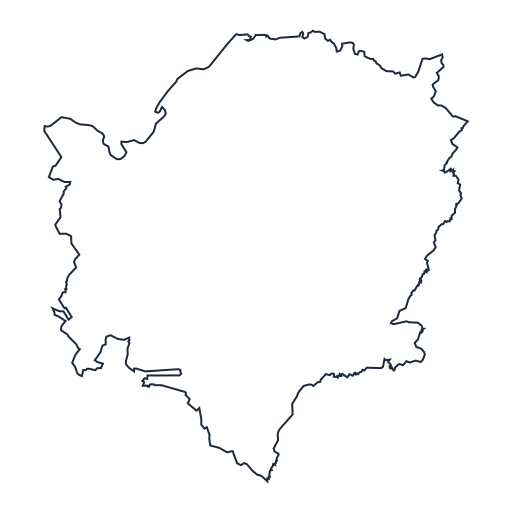 the district of Maria La Baja, Bolívar, Colombia
{"feature_id": "7082276B12407148553897", "entity_name": "Maria La Baja", "entity_type": "district", "adm_level": 2, "iso_a3": "COL", "parent_name": "Colombia", "parent_adm1": "Bolívar", "projection": "robinson", "projection_center": [-75.303, 9.961], "detail": "fine", "context": "isolated", "style": "outline", "palette": "slate", "viewbox_px": 512, "rotation_deg": 0, "n_neighbors": 0, "source": "geoboundaries", "source_scale": "gbopen_adm2", "svg_char_len": 5943}
<svg xmlns="http://www.w3.org/2000/svg" viewBox="0 0 512 512"><path d="M44.6,126.1L44.3,131.0L61.4,157.1L55.4,165.9L53.1,166.4L52.5,167.3L48.9,177.1L53.3,179.8L58.1,178.9L64.5,182.0L70.3,181.9L69.6,184.6L65.8,186.6L66.5,187.8L63.6,191.6L63.7,193.7L59.6,201.2L61.6,204.7L60.6,208.5L59.7,209.0L60.5,217.3L55.4,224.4L55.4,225.5L59.6,233.8L66.2,233.7L71.1,236.2L71.4,243.5L79.3,254.6L75.0,259.4L74.0,262.0L76.2,267.4L68.9,275.1L67.2,278.6L67.1,280.7L66.0,282.1L66.9,284.6L66.0,286.2L66.4,289.2L65.3,289.1L65.6,292.2L62.8,292.4L61.1,296.5L58.9,299.4L63.8,307.3L64.7,308.3L65.9,307.7L71.7,317.1L68.5,319.6L63.5,311.4L59.2,311.2L52.5,308.3L54.3,311.9L54.6,314.9L58.3,316.3L65.5,321.0L61.4,326.3L61.0,330.2L67.5,334.5L68.5,336.5L76.2,344.2L78.2,348.2L79.8,349.2L75.4,354.7L72.2,362.9L75.0,366.8L77.3,373.3L79.0,374.8L81.9,376.1L83.3,369.9L85.8,370.2L86.9,368.9L88.9,368.7L95.3,370.2L97.4,368.1L100.9,368.2L102.9,363.7L97.3,362.0L94.8,360.2L100.3,352.5L102.5,345.6L105.8,344.3L105.6,339.4L106.4,336.7L110.5,335.2L118.0,339.0L124.0,339.8L129.2,337.6L129.3,340.5L128.3,341.4L129.4,343.1L127.5,348.6L127.7,354.5L126.0,360.7L125.9,364.1L129.0,367.8L134.1,371.4L134.1,368.6L136.0,368.5L145.3,371.4L178.2,369.2L180.4,369.8L180.2,371.4L181.2,373.7L179.5,375.4L147.4,375.5L147.2,378.9L144.5,378.3L142.4,380.9L144.2,382.2L142.8,385.8L147.5,385.6L147.8,386.7L149.2,386.6L149.9,384.5L151.5,384.3L153.8,384.3L154.6,385.2L161.5,385.2L185.1,392.0L186.1,393.2L185.5,394.9L189.7,399.1L187.8,403.3L196.5,410.7L199.3,408.1L201.3,419.0L201.3,424.7L204.4,428.7L206.9,427.2L209.5,434.9L209.3,439.0L210.3,445.5L219.2,447.8L227.0,452.3L232.6,451.1L237.2,463.4L241.0,465.1L244.1,463.1L246.9,464.2L252.5,470.8L257.8,475.1L259.3,475.0L262.4,476.7L267.4,481.3L267.3,478.5L268.8,478.9L268.7,476.7L269.8,476.8L269.3,474.7L269.9,470.8L271.8,470.1L270.8,468.9L272.9,465.8L273.0,464.3L275.2,465.0L274.8,463.4L275.8,463.0L276.1,460.8L276.9,460.8L276.7,458.1L278.6,454.7L278.3,453.5L274.7,451.6L273.6,448.6L278.1,440.1L277.7,434.5L278.2,431.8L279.9,428.9L292.6,414.5L292.2,403.8L297.0,396.3L298.1,392.9L303.5,386.0L309.5,384.4L311.8,384.8L313.3,386.0L317.6,382.3L320.2,381.9L320.7,379.8L325.9,374.1L329.8,375.2L331.4,373.6L333.4,373.6L334.2,374.6L333.7,376.6L336.0,377.1L337.0,376.1L337.8,377.5L339.6,374.4L340.3,376.0L341.4,376.1L341.1,374.3L342.1,373.8L347.3,377.3L349.5,374.2L352.7,375.7L354.2,373.3L354.9,374.0L355.3,373.2L355.8,374.0L356.0,373.3L357.7,373.6L358.1,374.2L359.6,372.3L361.3,371.8L362.6,369.8L364.0,370.6L366.8,367.7L381.4,368.1L383.0,366.7L384.5,359.0L385.6,360.1L389.8,359.6L388.0,361.9L390.6,364.3L390.6,365.5L389.5,366.2L389.9,368.0L390.9,368.5L391.6,367.0L393.6,370.5L394.4,370.4L395.1,367.6L398.4,364.5L399.7,364.0L403.0,365.2L406.5,361.2L409.8,362.5L415.5,360.6L420.7,362.0L422.9,359.7L424.8,354.7L424.3,352.4L421.4,348.8L416.2,346.8L414.7,342.9L418.0,339.4L420.1,332.3L421.1,332.6L421.3,331.5L421.7,332.4L422.7,331.1L422.3,329.6L423.5,328.8L422.5,328.8L421.8,325.8L417.9,322.7L409.2,322.3L406.5,321.3L393.6,324.2L390.9,323.1L391.7,321.4L397.1,318.3L399.5,310.9L405.7,308.1L408.5,298.9L410.5,295.6L411.5,295.2L411.4,293.1L413.3,290.4L414.6,290.5L416.9,286.2L418.0,285.9L418.0,284.8L419.1,284.6L419.2,282.7L420.5,282.6L419.5,281.6L419.9,280.6L420.6,280.7L420.2,281.7L421.3,281.1L420.9,279.7L419.8,279.3L420.0,278.5L421.9,277.0L422.6,274.4L424.1,273.9L424.5,271.4L426.3,272.1L425.7,270.2L426.3,269.5L427.6,270.8L428.8,270.0L427.0,262.8L427.8,260.9L425.0,258.9L427.2,255.5L433.8,250.2L435.7,247.1L433.8,242.5L435.4,240.2L434.6,235.3L436.2,232.6L436.4,230.8L438.1,229.5L438.7,226.8L441.8,224.1L443.1,224.1L445.1,221.0L446.7,222.0L447.4,221.2L449.6,221.4L449.9,219.8L451.2,219.4L450.8,218.3L451.6,218.4L451.7,215.6L455.0,212.7L455.1,208.8L456.3,206.4L456.1,205.1L456.8,204.8L456.4,204.0L458.4,203.2L461.7,198.4L460.4,194.7L461.0,193.4L459.0,190.2L460.2,184.6L457.7,183.1L458.5,179.5L455.8,175.8L453.5,175.8L454.0,173.6L453.2,172.6L454.5,171.2L452.7,170.9L453.0,169.7L450.6,171.1L450.8,167.9L450.1,169.4L445.2,172.6L444.6,172.5L444.1,171.0L442.2,170.5L444.1,169.9L444.6,165.4L447.1,162.7L446.7,162.2L449.3,158.1L451.4,156.7L452.6,153.3L456.0,149.9L457.4,147.4L452.4,143.9L450.9,140.0L453.7,138.4L459.4,131.6L461.8,130.1L461.5,128.2L463.0,127.8L463.4,126.3L467.7,121.3L455.3,116.1L453.8,116.8L452.5,116.0L445.6,107.9L441.4,105.5L437.8,105.4L433.7,102.4L431.3,98.8L434.1,96.1L435.8,91.2L433.3,87.2L432.6,84.6L438.3,80.1L438.6,78.9L438.8,76.3L436.8,72.9L443.5,66.9L443.3,64.9L441.8,63.5L441.3,61.5L441.2,60.1L442.6,57.6L442.1,54.4L429.8,59.1L424.7,58.4L422.5,58.9L418.2,71.9L415.2,77.0L413.5,77.5L408.4,74.5L400.8,75.7L399.7,72.4L395.2,73.7L393.0,71.4L386.6,71.2L381.7,68.4L379.5,65.2L376.4,63.3L375.7,61.4L374.1,60.6L373.2,59.0L370.6,59.0L365.2,56.6L364.5,55.8L364.4,52.2L363.4,51.5L359.9,50.8L358.7,51.5L357.7,54.5L354.9,53.9L353.3,48.9L353.9,44.5L352.8,42.9L350.2,42.4L342.0,43.7L342.3,46.6L340.1,50.6L336.8,51.6L336.2,47.9L333.9,43.5L331.8,42.2L330.1,39.7L328.0,40.9L325.2,38.7L324.5,34.2L319.7,31.7L315.0,31.9L312.8,30.7L311.1,32.2L308.5,33.0L307.5,37.1L304.3,38.5L302.3,37.0L303.3,33.6L302.3,31.9L300.4,33.2L299.4,36.4L279.7,37.8L275.9,39.4L270.1,38.7L268.7,37.5L268.2,36.0L267.0,35.6L266.2,36.4L265.6,34.9L255.8,35.0L253.2,38.8L248.7,40.8L247.3,40.6L246.5,40.1L249.7,40.0L250.9,36.7L249.3,36.3L247.6,34.4L239.1,35.1L236.9,34.2L235.9,34.5L227.6,43.7L208.8,67.0L203.6,69.3L196.3,68.4L187.8,71.0L177.5,78.9L176.1,81.8L168.2,90.7L160.0,101.7L156.2,108.2L155.2,111.7L158.1,112.8L159.8,111.5L162.0,107.0L165.0,110.1L165.8,113.7L164.2,116.3L156.0,123.6L153.7,131.8L145.4,141.9L143.1,143.1L139.8,143.1L134.1,140.1L126.8,142.1L121.5,141.6L121.3,143.9L126.4,152.2L124.5,156.1L120.4,159.1L116.9,159.2L110.8,155.1L109.5,152.4L108.4,146.5L104.1,144.3L103.2,142.7L102.9,140.0L104.2,136.7L103.9,135.6L102.3,133.4L97.3,130.6L92.9,126.3L89.4,125.2L79.8,124.3L75.5,122.5L70.1,118.7L61.4,117.2L50.6,125.8L47.7,126.6L44.6,126.1Z" fill="none" stroke="#1e293b" stroke-width="2"/></svg>